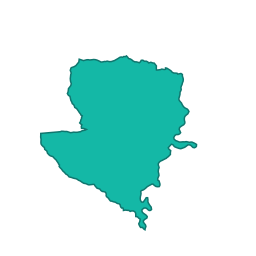 Santa Helena de Goiás, Goiás, Brazil, rotated 44°
{"feature_id": "56859067B47067738427104", "entity_name": "Santa Helena de Goiás", "entity_type": "district", "adm_level": 2, "iso_a3": "BRA", "parent_name": "Brazil", "parent_adm1": "Goiás", "projection": "albers", "projection_center": [-50.546, -17.788], "detail": "fine", "context": "isolated", "style": "filled", "palette": "teal", "viewbox_px": 256, "rotation_deg": 44, "n_neighbors": 0, "source": "geoboundaries", "source_scale": "gbopen_adm2", "svg_char_len": 4601}
<svg xmlns="http://www.w3.org/2000/svg" viewBox="0 0 256 256"><g transform="rotate(44 128 128)"><path d="M129.9,51.7L128.2,52.0L126.3,54.7L125.3,54.5L124.4,55.2L123.5,56.0L122.6,56.7L121.1,57.2L119.4,57.0L118.0,57.2L116.1,57.6L114.3,58.0L113.3,58.7L114.3,59.6L113.6,60.6L112.4,61.5L111.4,62.1L110.9,63.3L110.2,64.2L109.2,65.5L108.2,66.5L106.7,65.2L105.3,63.6L103.3,63.3L101.8,63.1L100.5,64.1L98.8,64.8L97.7,66.8L96.5,66.7L94.8,67.2L93.4,68.6L91.6,68.9L90.5,70.1L90.9,71.7L90.8,73.2L89.5,73.8L88.1,74.6L86.9,75.7L84.9,76.3L83.5,76.3L81.8,76.7L80.1,77.6L78.7,77.3L76.8,77.2L76.5,78.5L75.3,79.5L74.9,81.0L73.8,81.6L73.0,82.9L72.5,85.2L72.1,86.5L71.4,88.9L70.6,90.4L69.8,91.9L68.5,93.2L66.5,94.4L65.9,95.6L64.9,96.4L63.9,98.0L62.8,99.3L60.9,99.8L58.5,100.7L56.9,101.6L55.7,102.6L54.6,104.0L53.3,105.6L51.8,106.6L50.7,107.9L50.0,109.1L49.1,110.5L47.4,111.3L45.1,112.4L46.8,114.7L46.9,116.2L47.2,119.3L46.5,121.7L45.6,123.3L45.3,124.4L46.4,126.6L48.2,127.5L49.1,128.1L49.8,129.5L50.9,130.9L52.2,132.6L54.2,134.3L56.4,135.5L57.4,137.3L57.6,138.8L57.8,141.0L58.9,142.4L60.0,144.0L60.4,145.3L62.5,145.9L64.2,145.5L66.3,146.9L67.7,147.8L69.8,148.5L71.0,149.2L72.3,149.0L73.6,149.2L75.4,150.2L77.5,149.7L80.4,150.2L82.3,150.7L84.1,150.9L85.2,151.4L86.6,151.0L87.3,152.7L88.1,153.6L88.4,154.8L89.4,156.4L89.7,157.9L91.4,157.9L92.5,157.7L93.4,159.4L94.8,160.5L96.4,159.1L99.1,157.9L98.6,159.4L97.8,160.6L96.9,161.9L96.4,163.7L95.6,164.7L94.5,166.3L93.1,167.7L91.8,168.7L90.8,170.2L89.8,171.4L88.6,171.9L86.4,173.0L85.1,174.3L83.9,175.2L82.5,176.4L81.8,177.8L69.0,192.5L69.8,193.3L70.7,194.3L71.5,195.2L73.4,196.6L74.5,197.9L75.8,199.3L76.9,200.0L78.0,200.2L80.0,200.3L81.4,200.1L82.9,201.2L84.1,201.1L85.3,200.9L86.4,201.3L87.4,202.0L89.7,202.2L91.4,202.0L93.8,200.8L96.6,201.0L98.3,200.9L100.6,201.4L101.9,201.6L103.0,202.1L104.4,202.2L105.2,203.5L106.6,203.7L109.0,203.8L110.9,204.2L113.0,204.1L115.5,204.3L116.9,203.8L118.1,203.9L119.6,204.1L121.8,202.8L123.2,202.2L124.8,201.3L126.0,200.5L127.4,200.1L128.6,200.0L130.3,199.3L133.0,198.9L134.5,198.5L136.7,197.1L137.8,196.8L138.9,196.4L139.8,195.6L140.5,194.7L141.2,193.9L142.0,192.8L142.9,192.1L144.9,192.6L147.6,192.8L150.1,191.5L152.0,191.8L153.6,191.5L154.8,190.6L156.2,189.9L157.3,190.1L158.3,190.7L159.2,191.8L160.2,192.3L162.5,192.1L164.4,192.5L166.1,192.7L167.3,191.8L168.6,191.3L170.6,190.1L172.0,189.9L173.3,189.4L174.2,188.7L175.5,188.6L176.5,189.3L177.8,189.9L179.0,190.0L179.8,189.1L180.9,189.5L182.0,190.5L183.0,189.0L184.7,187.7L186.0,186.6L187.5,186.5L188.0,185.4L189.4,184.0L191.1,183.5L192.7,184.0L193.5,184.7L195.1,186.3L196.5,185.3L198.2,185.4L200.1,185.1L201.5,187.2L201.9,188.4L202.3,189.5L204.1,190.3L206.1,190.8L207.5,189.5L209.4,189.7L210.9,189.4L210.2,188.4L209.3,186.4L208.0,185.6L204.6,185.1L203.5,184.0L203.5,182.2L203.9,180.7L204.1,179.5L203.3,178.3L201.4,178.1L198.5,178.6L196.9,178.6L195.7,178.1L194.8,176.9L195.1,174.6L196.0,173.5L197.2,172.9L199.2,172.9L200.6,172.6L201.5,171.5L201.5,170.2L199.6,168.8L198.1,168.6L196.5,168.3L194.5,167.7L193.5,167.2L192.1,165.7L190.5,164.5L189.5,165.5L190.0,167.7L190.2,169.1L190.4,170.8L189.1,171.9L187.3,171.4L185.8,170.3L184.5,168.6L183.7,167.2L182.7,165.9L181.2,164.8L181.2,163.6L182.1,161.7L182.5,159.3L182.6,156.9L183.1,155.0L183.5,153.9L184.1,151.9L184.9,151.0L186.9,151.0L188.8,150.6L190.1,149.7L191.2,148.4L190.7,147.0L189.9,146.1L188.5,145.3L187.2,144.5L185.7,144.8L184.4,143.6L183.9,142.3L183.3,140.7L182.0,139.6L181.0,139.0L180.0,138.3L178.5,136.4L178.0,135.0L176.9,134.3L175.5,133.6L174.5,132.5L174.2,130.6L174.4,129.2L175.0,127.8L175.9,125.0L176.6,123.2L176.6,122.0L176.9,120.7L176.9,117.6L175.8,116.5L174.4,114.6L172.2,114.8L170.7,114.3L170.5,111.4L170.5,109.5L172.0,108.8L173.5,109.1L174.6,109.1L176.4,108.4L179.0,107.2L180.4,106.2L181.4,104.2L182.2,102.5L182.6,100.4L182.8,98.7L183.5,97.8L184.9,96.9L186.1,96.9L188.2,96.9L189.5,96.1L190.0,94.8L189.9,93.6L188.7,92.2L186.2,92.8L184.9,93.3L183.8,93.7L182.8,94.7L182.1,95.7L180.8,96.4L179.3,97.4L178.4,98.6L176.9,100.0L175.9,101.2L174.7,102.4L172.9,103.1L171.1,103.9L168.9,104.0L167.6,103.2L166.9,100.8L167.3,99.2L168.7,97.8L169.2,96.4L169.1,94.8L167.2,94.0L165.7,93.4L164.8,91.8L165.1,89.5L165.8,87.0L165.6,85.3L164.8,84.2L163.8,83.7L162.2,82.4L161.5,81.4L160.9,80.3L160.9,78.2L161.2,76.3L160.4,73.8L158.7,73.3L157.4,73.2L156.3,73.6L154.5,74.1L152.7,74.0L150.6,73.5L149.2,72.9L146.6,72.7L145.0,72.3L144.0,71.3L143.3,69.9L142.1,67.8L140.5,66.0L140.1,64.4L139.5,63.3L138.0,62.2L137.1,60.5L136.8,59.4L135.8,57.7L135.1,56.0L133.9,54.5L132.5,53.6L131.1,52.9L129.9,51.7Z" fill="#14b8a6" stroke="#0f766e" stroke-width="1.5"/></g></svg>